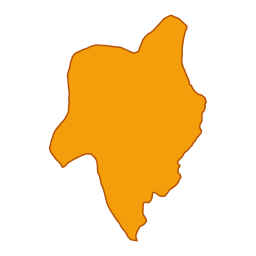 Irele, Ondo, Nigeria
{"feature_id": "59680162B53064832422435", "entity_name": "Irele", "entity_type": "district", "adm_level": 2, "iso_a3": "NGA", "parent_name": "Nigeria", "parent_adm1": "Ondo", "projection": "robinson", "projection_center": [5.017, 6.506], "detail": "fine", "context": "isolated", "style": "filled", "palette": "amber", "viewbox_px": 256, "rotation_deg": 0, "n_neighbors": 0, "source": "geoboundaries", "source_scale": "gbopen_adm2", "svg_char_len": 2856}
<svg xmlns="http://www.w3.org/2000/svg" viewBox="0 0 256 256"><path d="M67.0,163.8L69.6,161.8L72.2,160.3L74.4,158.9L76.9,157.9L78.7,156.9L83.0,154.9L83.5,154.7L84.5,154.4L86.0,153.9L87.7,153.9L90.7,153.9L94.2,156.8L95.9,159.2L96.8,161.2L96.9,161.8L97.3,163.6L97.5,167.9L97.7,171.8L97.7,172.4L99.2,175.2L99.5,175.8L100.4,179.7L100.7,181.5L101.2,184.1L101.7,185.0L102.1,185.9L103.4,188.9L105.1,195.5L106.9,203.0L109.6,208.9L111.7,212.3L113.0,214.2L114.3,216.2L116.5,219.6L117.4,221.0L119.6,223.4L120.4,225.4L122.6,228.8L124.8,231.2L125.2,231.9L125.7,232.7L127.0,234.6L127.8,236.6L129.1,238.0L130.0,239.0L131.0,239.7L134.8,240.4L137.1,240.6L135.9,237.4L135.9,235.5L137.0,231.9L139.0,228.2L139.9,226.7L143.9,224.4L146.3,221.6L146.1,219.2L144.6,216.8L143.2,214.5L142.8,212.7L143.0,209.7L143.0,205.9L143.2,204.8L143.5,203.0L144.9,202.3L148.1,202.7L150.3,201.4L151.8,198.5L152.2,196.8L152.2,195.4L152.7,193.3L152.7,193.1L154.4,192.2L156.6,193.6L159.0,195.5L160.2,196.0L160.6,196.2L163.0,196.2L165.1,195.8L165.5,195.3L166.8,193.7L168.6,191.4L169.9,189.5L172.5,187.9L175.9,185.2L178.1,182.6L179.5,179.2L180.8,177.6L180.8,176.5L180.3,175.2L179.7,174.2L178.1,172.6L178.0,171.1L178.3,169.5L178.4,167.5L179.8,166.6L179.9,165.3L178.7,164.6L177.6,163.8L177.7,161.9L178.7,160.6L179.2,159.5L181.3,157.9L182.9,155.6L184.5,152.6L187.3,150.6L189.8,147.6L192.0,145.5L193.0,143.1L194.8,141.5L196.7,138.1L197.5,136.9L198.4,136.6L199.0,135.1L200.2,134.2L201.2,132.0L201.4,130.4L200.7,129.1L200.3,128.9L199.8,128.5L199.8,126.3L199.8,124.8L201.1,122.8L201.9,121.0L201.9,115.6L202.1,113.5L203.0,111.9L204.5,110.3L204.9,107.8L205.4,106.4L204.6,104.6L205.4,103.4L206.3,102.2L205.5,100.3L205.2,99.6L205.3,98.2L201.8,95.2L198.3,94.2L195.3,91.8L194.4,90.8L193.6,89.8L191.8,86.9L191.4,85.5L189.5,84.4L189.2,81.6L188.3,79.1L187.5,77.7L186.2,74.3L185.3,72.3L184.4,69.9L183.3,67.4L183.1,67.0L182.2,64.1L181.8,62.1L181.8,58.2L182.2,54.8L182.2,52.9L182.2,51.4L182.1,48.5L182.6,45.5L183.0,41.6L183.8,37.5L183.8,37.2L184.7,33.8L185.5,30.9L186.8,27.9L186.8,26.0L182.0,21.6L180.9,20.6L179.0,18.7L171.2,15.4L168.2,16.4L166.4,17.4L163.8,18.9L162.9,19.9L159.4,24.0L153.6,30.1L150.6,32.6L148.0,34.0L145.4,36.5L142.8,39.9L140.7,45.8L139.8,47.3L138.6,51.2L137.3,51.8L134.0,53.2L133.2,52.9L129.3,51.3L120.9,47.4L112.7,46.5L106.7,45.8L104.2,45.4L101.1,45.4L96.0,45.0L90.8,46.5L87.8,48.0L84.8,49.0L82.0,50.1L74.8,53.6L72.5,56.8L70.4,63.1L69.7,67.7L68.7,70.5L67.4,75.4L67.9,78.9L68.4,85.3L68.8,89.6L69.3,93.5L69.0,96.2L68.9,97.5L68.9,100.9L69.3,102.3L68.9,104.8L68.5,108.7L68.5,111.6L68.2,112.3L67.2,114.5L66.0,117.0L63.4,120.9L61.2,122.9L60.5,124.0L59.5,125.3L56.9,128.3L55.2,130.7L53.5,134.1L52.7,137.1L51.4,140.5L50.6,144.5L49.7,146.9L49.7,148.4L50.2,150.8L51.5,153.2L54.1,156.6L55.8,159.0L60.6,163.8L62.3,167.2L64.0,166.7L65.8,165.3L67.0,163.8Z" fill="#f59e0b" stroke="#b45309" stroke-width="1.5"/></svg>